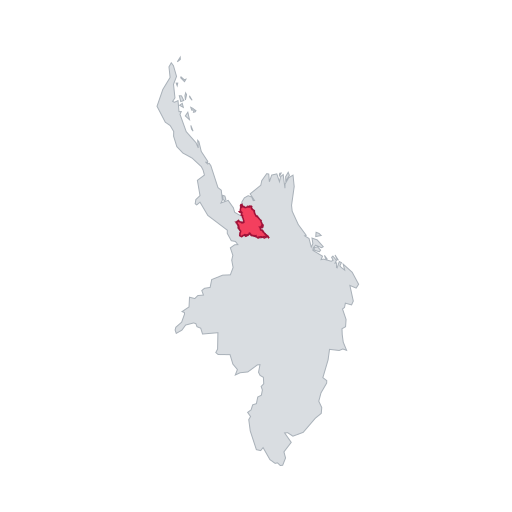 Bago, Bago, Myanmar (highlighted), rotated 168°
{"feature_id": "60261553B52408869304596", "entity_name": "Bago", "entity_type": "district", "adm_level": 2, "iso_a3": "MMR", "parent_name": "Myanmar", "parent_adm1": "Bago", "projection": "orthographic", "projection_center": [96.537, 17.659], "detail": "fine", "context": "in_parent", "style": "filled", "palette": "rose", "viewbox_px": 512, "rotation_deg": 168, "n_neighbors": 0, "source": "geoboundaries", "source_scale": "gbopen_adm2", "svg_char_len": 9039}
<svg xmlns="http://www.w3.org/2000/svg" viewBox="0 0 512 512"><g transform="rotate(168 256 256)"><path d="M329.6,229.5L324.7,227.1L321.1,229.4L315.5,228.7L316.2,233.5L313.1,235.1L307.4,234.8L304.2,242.2L292.6,244.2L285.0,242.9L280.8,249.5L280.6,257.0L278.5,261.5L279.4,269.3L274.5,271.4L271.4,270.9L273.1,274.5L277.0,276.1L279.4,284.1L278.7,287.2L294.7,305.7L299.6,320.3L303.4,318.3L304.6,319.8L303.1,323.7L298.2,326.7L297.6,342.2L289.6,345.9L289.9,351.1L290.9,354.8L298.1,365.0L306.1,371.9L310.7,379.4L311.7,390.3L310.6,394.9L312.8,401.4L316.9,405.7L321.7,423.0L312.5,438.3L302.9,448.5L301.8,459.1L298.7,462.6L297.2,459.3L296.4,448.2L301.0,441.1L302.4,427.5L305.4,424.6L303.8,423.3L300.0,424.2L301.3,413.2L299.1,412.8L300.9,410.4L298.4,392.1L291.1,379.2L290.0,373.7L289.0,381.2L288.1,379.7L287.8,369.6L283.5,358.5L284.0,357.5L285.9,358.5L284.1,356.0L282.6,356.5L281.4,353.8L279.0,330.8L276.3,327.6L277.3,317.6L279.3,315.1L271.7,316.2L268.1,307.8L267.8,303.2L260.2,296.3L261.5,298.5L260.2,300.8L261.5,304.7L258.4,312.0L255.3,315.3L251.1,316.6L247.9,314.5L247.2,310.7L245.9,310.6L248.8,318.0L236.6,324.2L234.7,328.5L228.4,334.3L226.5,333.5L227.5,325.8L223.8,331.9L218.6,332.0L217.6,323.8L215.5,328.5L212.5,330.0L213.6,316.3L212.7,320.2L207.8,325.7L203.0,327.4L204.2,316.0L210.7,298.2L211.3,292.3L208.1,277.9L202.6,265.8L204.2,265.6L200.5,262.1L200.1,253.2L197.8,256.3L197.5,261.9L192.8,259.0L188.3,251.1L190.2,250.5L195.4,254.2L198.3,252.2L199.2,249.7L191.0,242.0L193.1,238.9L190.5,238.9L183.5,235.2L181.5,235.8L182.3,239.0L180.8,239.9L178.2,235.0L180.2,232.6L178.5,232.5L179.7,228.1L179.1,227.5L175.7,233.2L173.8,231.8L176.0,228.9L175.1,227.2L172.2,223.8L172.4,229.9L165.3,220.1L161.5,207.0L164.7,203.8L170.3,207.7L170.2,191.7L172.7,188.3L178.4,191.3L180.1,187.3L182.4,186.2L181.1,175.2L183.1,168.2L187.0,167.0L188.0,161.3L188.6,153.6L187.0,144.9L190.4,147.0L194.3,146.3L203.5,149.4L207.1,139.4L215.9,123.1L212.7,119.4L213.3,117.0L220.9,108.6L224.8,100.9L223.2,94.1L224.9,88.5L231.7,85.0L246.5,73.7L257.4,72.1L261.8,76.6L264.8,77.0L260.3,66.4L269.4,58.6L269.1,52.3L273.4,45.8L275.8,46.0L278.0,49.2L280.4,49.2L284.7,53.9L288.9,67.1L291.9,64.7L295.9,66.5L298.0,86.1L297.1,97.5L294.7,100.1L296.7,104.8L292.8,106.5L290.2,111.1L286.3,111.5L283.6,117.7L279.7,118.7L277.6,123.6L278.1,127.3L275.0,129.4L274.0,135.8L276.8,138.3L277.7,141.7L274.7,148.9L277.3,149.2L288.1,144.3L295.8,145.1L301.0,143.9L297.8,148.8L301.1,155.1L301.9,164.9L313.5,167.5L315.4,169.9L312.9,173.0L309.2,188.9L324.5,190.8L325.1,196.9L328.4,199.1L328.9,202.4L331.0,203.5L339.2,203.1L343.9,198.9L350.1,196.9L350.5,200.4L349.2,203.0L342.5,206.7L338.0,214.0L337.8,215.6L339.9,217.0L332.1,220.1L329.6,229.5ZM193.2,246.9L198.0,249.9L197.1,252.1L193.9,252.2L191.6,248.3L193.2,246.9ZM292.7,403.1L296.0,407.7L292.8,410.8L292.7,403.1ZM192.3,266.7L189.7,265.0L188.0,262.5L193.5,262.6L192.3,266.7ZM297.5,422.7L297.7,428.7L295.6,428.1L294.3,423.1L297.5,422.7ZM210.5,327.4L207.1,331.2L206.6,327.9L211.3,323.2L210.5,327.4ZM276.0,322.3L274.0,321.1L273.7,317.6L275.3,316.6L276.5,318.3L276.0,322.3ZM290.9,430.2L290.4,428.2L292.6,423.3L292.2,427.5L290.9,430.2ZM289.7,441.4L292.6,445.9L292.1,446.8L289.5,443.3L287.8,443.5L289.7,441.4ZM299.4,419.3L296.4,420.6L296.2,416.5L299.4,419.3ZM292.6,462.3L288.8,466.2L289.2,464.0L292.6,462.3ZM177.3,235.6L178.5,240.6L176.3,234.7L177.3,235.6ZM292.7,393.6L292.6,397.3L291.6,391.2L292.7,393.6ZM188.5,239.3L188.9,242.4L186.9,237.9L188.5,239.3ZM288.9,415.0L286.7,413.2L287.4,411.8L288.6,412.1L288.9,415.0ZM287.3,409.6L285.9,412.1L284.5,410.6L285.6,409.6L287.3,409.6ZM287.7,424.5L287.8,426.6L286.1,421.6L287.7,424.5ZM215.6,332.0L214.1,331.9L216.2,329.4L216.4,330.3L215.6,332.0ZM298.1,441.7L296.6,441.4L297.7,438.9L298.1,441.7Z" fill="#d9dde1" stroke="#a8b0b8" stroke-width="1"/><path d="M266.2,277.9L265.9,278.0L265.7,278.2L265.4,278.1L265.3,278.3L265.0,278.5L264.8,278.4L264.4,278.8L264.1,278.7L263.7,278.8L263.2,278.6L263.2,278.9L262.9,279.0L262.8,279.3L262.7,279.3L262.3,279.2L262.2,278.6L261.8,278.8L261.5,278.5L261.2,278.2L261.2,277.7L261.4,277.5L261.2,277.5L260.8,277.7L260.8,278.0L260.5,278.4L260.4,278.7L259.9,278.7L259.6,278.6L259.4,278.0L258.5,278.5L258.3,278.7L258.3,279.0L257.9,279.4L257.9,279.7L257.7,279.8L257.5,279.6L257.4,279.2L257.7,279.2L258.1,278.7L256.9,279.1L256.8,278.7L256.7,278.4L256.8,277.9L256.7,277.7L256.3,277.6L256.4,277.1L256.2,276.9L255.9,276.8L255.7,276.7L255.4,276.7L255.2,276.6L255.0,276.8L254.9,276.7L254.8,276.8L254.7,276.7L253.8,276.3L253.8,276.1L253.6,276.2L253.4,275.7L253.0,275.8L253.0,275.6L252.8,275.6L252.5,275.7L252.4,275.5L252.3,275.3L252.2,275.3L252.1,275.2L252.0,275.3L252.0,275.1L251.8,275.2L251.8,274.9L251.4,274.6L251.3,274.3L251.1,274.2L250.7,273.8L250.7,273.6L250.5,273.4L250.3,273.2L249.8,273.1L249.1,273.3L249.0,273.6L248.9,273.6L248.9,273.9L248.6,273.7L248.2,273.7L247.7,273.8L247.7,273.6L247.4,273.6L247.4,273.8L246.9,273.7L246.7,273.7L246.5,273.4L246.6,273.2L246.3,273.3L246.2,273.1L245.8,273.1L245.5,272.9L245.6,273.1L245.4,273.0L244.8,273.2L244.7,273.1L244.1,273.4L243.7,273.2L243.6,272.9L243.4,272.4L243.3,272.5L242.9,272.5L242.8,272.4L242.7,272.3L242.6,272.2L242.4,272.5L242.1,272.4L241.9,272.6L241.7,272.7L241.4,272.6L241.2,272.7L240.5,272.1L240.2,272.1L240.1,271.8L239.9,271.6L239.9,271.4L239.7,271.5L240.0,272.0L240.0,272.4L240.1,272.6L240.2,273.0L240.5,273.3L240.9,273.5L241.1,273.9L241.4,273.8L241.7,273.9L241.8,273.8L241.9,274.1L241.7,274.7L242.0,274.9L242.0,275.0L242.3,275.3L242.2,275.4L242.3,275.8L242.8,276.0L242.8,276.4L243.3,277.0L243.5,277.4L243.6,277.5L243.6,278.0L243.9,278.2L243.9,278.6L244.1,278.6L244.0,278.8L244.2,279.3L244.3,279.3L244.4,279.6L244.7,279.8L244.6,280.0L244.9,280.1L245.0,280.0L245.3,279.9L245.5,280.1L245.7,280.6L246.1,280.6L246.1,280.9L245.9,281.1L245.9,281.3L246.0,281.5L245.9,281.6L246.1,282.0L246.0,282.4L246.2,283.0L246.0,283.3L246.2,283.5L245.7,283.5L245.4,283.4L245.3,283.5L245.0,283.4L244.7,283.4L244.7,283.5L244.4,283.5L244.5,282.8L244.4,282.7L244.3,282.8L244.4,282.6L244.1,282.5L243.8,283.0L243.6,282.9L243.3,283.0L243.4,283.4L243.3,283.5L243.5,283.6L243.5,284.1L243.8,284.2L243.9,284.4L243.8,284.6L244.0,284.6L244.1,284.8L243.8,284.9L243.7,285.1L243.4,285.1L243.3,284.7L243.1,284.5L242.8,284.6L242.9,284.8L242.7,284.8L242.7,285.0L243.4,286.1L243.5,286.6L243.6,287.2L243.6,287.6L243.8,287.9L243.9,288.3L243.9,289.1L243.6,289.4L243.9,290.0L244.0,290.0L244.2,290.3L244.5,290.6L245.0,291.5L245.1,291.8L245.2,292.1L245.4,292.1L245.9,293.3L246.2,293.6L246.3,294.1L246.2,294.1L246.2,294.3L246.3,294.5L246.6,294.4L246.7,294.6L246.8,294.4L247.0,294.7L247.4,294.7L247.8,295.2L248.0,296.3L248.1,296.7L248.1,296.9L248.4,297.6L248.3,298.0L248.6,298.4L248.4,298.8L248.5,299.2L248.5,299.6L248.7,299.8L248.5,300.2L248.2,300.3L248.2,300.6L248.5,300.7L248.5,301.0L249.0,301.6L249.6,301.9L250.3,302.7L250.5,303.7L250.5,303.9L250.3,303.8L250.5,304.3L249.9,305.3L250.0,305.4L250.6,305.5L250.6,305.8L251.0,305.8L251.3,306.0L252.1,306.2L252.4,306.0L252.4,305.7L252.5,305.8L252.7,305.7L252.9,305.8L252.8,305.6L253.0,305.5L253.4,305.7L254.0,305.8L254.2,305.7L254.7,305.8L255.3,305.6L256.1,305.5L256.8,306.0L257.1,305.9L257.3,306.2L257.3,306.5L257.6,307.0L257.8,307.0L258.2,306.8L258.6,307.4L258.6,307.2L258.7,307.7L258.8,307.9L258.8,308.2L258.9,308.5L259.0,308.5L259.0,308.8L259.1,308.7L259.1,309.0L259.2,308.7L259.3,308.9L259.3,309.0L260.0,309.4L260.3,309.1L260.3,308.9L259.9,308.2L259.4,307.8L259.3,307.5L259.1,307.5L259.3,307.4L259.4,307.6L259.7,307.8L259.9,307.8L259.7,307.5L259.9,307.5L260.0,307.8L260.4,307.9L260.2,307.4L259.8,307.1L259.8,306.8L259.9,306.5L260.2,306.3L259.9,306.7L260.0,307.0L260.5,307.3L260.9,307.1L260.8,306.6L261.2,305.6L261.6,305.0L261.6,304.1L261.8,304.0L261.8,303.0L261.7,302.8L261.3,302.3L262.1,302.5L262.1,302.4L262.1,302.0L262.7,302.8L263.1,302.8L262.7,302.1L261.6,301.5L261.3,301.1L261.1,300.7L261.3,300.1L261.7,299.7L262.0,299.0L261.8,298.9L261.0,298.6L260.8,298.5L260.7,298.2L260.8,297.7L261.1,297.3L261.2,296.8L261.0,296.0L260.7,295.5L260.8,294.2L260.7,293.9L260.7,293.4L260.6,293.0L260.8,292.6L260.7,292.2L260.8,292.0L260.8,291.7L261.0,291.5L261.0,291.4L261.4,291.3L261.5,291.6L262.0,291.4L262.1,291.5L262.1,291.3L262.3,291.2L262.8,291.6L263.3,291.5L263.9,292.5L264.5,292.6L264.8,292.8L265.0,293.0L265.5,293.2L265.6,293.4L265.4,293.6L265.4,293.8L265.7,294.5L266.2,294.3L266.5,293.8L266.9,293.7L267.2,293.8L268.0,293.3L268.3,293.3L268.1,293.1L268.2,292.9L267.9,292.9L267.6,292.7L267.8,292.2L267.7,291.9L267.8,291.8L267.9,291.7L267.8,291.2L267.6,291.0L267.4,290.5L267.1,290.3L267.3,290.0L266.9,289.4L267.1,289.3L267.0,289.1L266.8,288.9L266.8,288.7L267.1,288.4L267.0,288.2L267.3,288.2L267.3,287.9L267.6,287.5L267.6,287.1L267.4,286.5L267.3,286.4L266.9,286.4L267.0,286.2L266.9,285.6L266.8,285.4L266.4,284.8L266.5,284.6L266.1,284.3L265.9,283.9L266.0,282.9L266.4,282.5L266.5,282.3L266.5,282.1L266.7,281.8L267.0,281.7L266.9,281.4L267.1,281.0L267.3,280.0L267.6,279.9L267.6,279.7L267.5,279.4L267.6,279.2L267.1,278.7L266.9,278.7L266.6,278.3L266.3,278.2L266.2,278.2L266.3,278.0L266.2,277.9Z" fill="#f43f5e" stroke="#9f1239" stroke-width="1.5"/></g></svg>